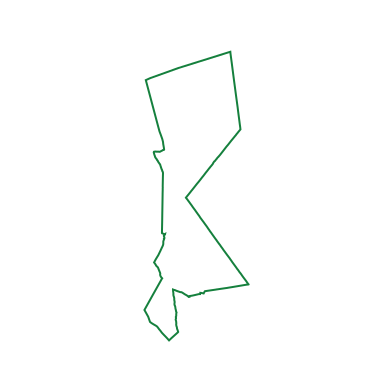 Blaricum, Noord-Holland, Netherlands, rotated 298°
{"feature_id": "6326949B66152801340332", "entity_name": "Blaricum", "entity_type": "district", "adm_level": 2, "iso_a3": "NLD", "parent_name": "Netherlands", "parent_adm1": "Noord-Holland", "projection": "albers", "projection_center": [5.257, 52.281], "detail": "fine", "context": "isolated", "style": "outline", "palette": "green", "viewbox_px": 384, "rotation_deg": 298, "n_neighbors": 0, "source": "geoboundaries", "source_scale": "gbopen_adm2", "svg_char_len": 5678}
<svg xmlns="http://www.w3.org/2000/svg" viewBox="0 0 384 384"><g transform="rotate(298 192 192)"><path d="M269.1,98.7L233.6,131.7L230.2,134.9L228.0,137.4L224.8,140.9L223.7,141.9L222.6,142.9L220.8,144.1L218.0,146.3L216.3,147.5L216.2,147.5L216.0,147.3L215.7,147.1L215.5,146.7L215.1,146.5L214.5,146.2L214.2,145.9L213.4,145.4L212.6,144.9L212.4,144.6L212.2,144.4L212.0,143.7L211.8,143.4L211.6,143.0L211.5,142.8L211.3,142.4L211.1,142.0L211.0,141.7L210.9,141.6L210.6,141.0L210.6,140.8L210.3,140.3L210.2,140.2L209.8,139.6L209.6,139.5L209.2,139.6L208.9,139.7L208.0,140.6L207.3,141.2L206.8,141.8L206.4,142.2L206.2,142.5L205.9,142.7L205.7,142.8L205.6,143.1L204.9,144.1L204.8,144.3L204.8,144.5L204.5,145.0L204.4,145.5L204.1,145.9L203.7,146.3L203.7,146.6L203.5,146.8L203.2,147.6L202.9,147.8L202.7,148.2L202.4,148.6L202.2,149.1L202.1,149.4L201.7,150.0L201.4,150.9L201.3,151.0L200.8,151.4L200.6,151.6L200.4,151.8L199.9,152.4L199.6,152.6L199.5,152.8L199.2,153.1L198.9,153.3L198.5,153.9L198.2,154.1L197.6,154.8L197.5,155.1L197.2,155.4L196.9,155.6L196.7,155.9L196.4,156.1L196.3,156.4L196.0,156.7L195.8,157.0L195.5,157.2L195.1,157.5L190.9,159.6L183.2,163.5L182.4,164.0L181.7,164.3L180.2,165.1L178.2,166.1L177.4,166.5L168.8,170.9L159.2,175.8L151.2,179.9L141.9,184.6L141.7,184.7L141.6,184.8L141.5,185.0L141.9,187.8L142.0,187.9L142.2,188.0L141.9,188.1L141.7,188.1L141.2,187.9L140.8,187.8L140.3,187.7L140.1,187.7L140.0,187.8L139.7,188.0L139.2,188.7L139.1,188.8L138.8,189.0L137.8,189.1L137.8,189.4L137.3,189.5L135.6,189.7L134.6,190.0L133.3,190.7L132.7,191.0L132.1,191.2L131.8,191.3L130.8,191.4L130.1,191.5L128.4,191.5L127.8,191.6L126.7,191.6L125.8,191.7L120.4,191.9L120.1,191.9L119.0,191.8L115.3,191.6L112.0,191.6L111.9,191.8L111.2,193.2L111.1,193.5L110.7,194.2L110.4,194.5L110.1,195.0L110.0,195.3L109.8,196.0L109.5,197.0L109.4,197.3L108.6,198.3L108.1,198.8L107.3,199.8L106.5,200.7L106.3,201.0L105.7,201.7L105.5,201.9L105.4,202.0L105.2,202.2L104.4,202.5L103.9,202.8L103.5,203.1L102.9,203.8L102.6,204.2L102.4,204.7L102.1,205.3L101.8,206.2L101.1,206.1L99.4,206.1L82.1,205.7L66.3,205.4L65.5,205.4L61.3,211.9L57.6,215.9L57.3,217.5L57.2,218.6L57.1,220.2L57.0,223.0L56.9,223.9L56.8,224.3L56.7,224.6L56.5,225.1L55.7,226.8L55.5,227.1L54.8,228.9L54.2,230.2L53.7,231.2L53.3,232.3L52.7,234.1L51.9,236.6L51.3,238.4L50.2,241.4L53.2,242.4L61.4,245.4L61.9,245.5L62.2,245.3L62.3,245.1L62.8,244.6L63.2,244.3L63.7,243.6L64.0,243.3L64.2,243.1L64.5,242.8L65.1,242.4L65.5,242.1L66.0,241.6L66.4,241.1L66.7,240.9L67.1,240.6L67.5,240.3L68.4,239.9L68.7,239.8L69.6,239.2L70.5,238.6L70.7,238.4L71.2,237.9L71.4,237.7L71.7,237.5L71.8,237.5L72.0,237.4L72.3,237.3L72.6,237.3L72.9,237.2L73.2,237.1L73.5,236.9L73.6,236.7L73.9,236.5L74.3,236.3L74.5,236.3L74.9,236.3L75.5,236.1L75.8,235.9L76.0,235.8L76.8,235.4L78.1,234.9L78.3,234.8L78.5,234.8L78.7,234.4L79.1,234.0L80.4,233.0L81.1,232.3L81.4,232.1L81.9,231.7L82.7,231.2L83.3,230.6L83.8,230.0L84.2,229.5L85.5,228.8L86.3,228.5L86.6,228.4L86.9,228.2L87.4,227.8L87.8,227.5L88.2,227.1L89.1,226.6L89.5,226.4L90.0,226.1L90.9,225.3L91.7,224.4L92.1,224.1L92.6,223.8L92.7,223.7L93.7,223.2L94.0,223.0L94.3,222.8L95.5,221.9L96.4,221.4L96.7,221.1L97.0,221.0L97.0,221.7L97.0,221.8L97.1,222.1L97.3,222.6L97.4,223.4L97.4,223.8L97.5,224.5L97.5,224.8L97.6,225.3L97.6,225.5L97.6,225.8L97.7,226.2L97.7,226.3L97.8,226.6L98.0,228.2L98.1,228.6L98.4,229.4L98.5,229.5L98.6,230.1L98.6,230.4L98.6,230.8L98.5,231.7L98.5,232.0L98.4,232.6L98.4,232.9L98.3,233.9L98.3,234.2L98.3,234.9L98.3,235.0L98.3,235.5L98.3,236.0L98.2,236.3L98.1,237.0L98.0,237.6L97.8,238.4L98.3,239.0L98.9,238.6L100.4,240.6L101.9,242.4L105.0,245.9L105.7,247.1L106.7,246.8L106.9,246.7L107.3,247.7L107.9,249.9L108.5,249.9L110.1,249.9L110.5,250.0L117.2,259.1L117.4,259.3L117.8,259.9L120.4,263.4L123.9,268.2L124.4,268.8L127.5,272.9L128.2,273.8L135.5,283.3L136.2,284.3L136.9,285.3L137.0,285.3L137.2,284.8L137.3,284.5L138.2,282.7L138.5,282.2L138.8,281.6L140.9,277.1L141.2,276.5L141.6,275.7L141.9,275.1L142.4,274.2L143.2,272.5L143.3,272.1L143.5,271.7L144.4,270.0L145.0,268.8L145.0,268.7L145.4,267.8L146.0,266.7L148.8,260.9L149.2,260.1L149.3,259.9L149.7,259.2L149.9,258.8L150.7,257.2L151.3,256.1L151.4,255.9L151.6,255.4L151.8,255.0L152.5,253.5L153.0,252.4L153.1,252.2L153.3,251.8L155.5,247.2L156.4,245.5L156.6,245.1L157.1,244.0L157.3,243.6L157.9,242.4L158.0,242.3L158.5,241.3L158.7,240.7L159.0,240.3L159.1,239.9L159.9,238.3L160.4,237.2L160.6,236.9L160.8,236.5L160.9,236.2L161.1,236.0L161.3,235.5L161.8,234.4L163.2,231.6L164.0,230.0L164.1,229.8L164.6,228.8L165.0,228.1L165.7,226.5L166.7,224.7L167.2,223.6L167.4,223.3L167.5,223.1L167.7,222.7L168.1,222.0L168.7,220.8L169.1,220.0L169.5,219.1L171.2,215.7L171.4,215.2L172.6,212.7L173.3,211.2L173.8,210.4L174.6,208.9L174.8,208.4L177.0,204.0L177.4,203.3L177.8,202.4L178.9,200.1L179.3,199.3L180.1,197.8L180.9,196.1L181.6,194.7L182.2,193.5L182.4,193.0L182.5,192.8L182.6,192.6L183.4,191.0L183.4,190.9L183.5,190.6L183.8,190.1L183.9,189.8L184.1,189.3L184.8,189.4L187.8,190.0L190.9,190.6L192.8,190.9L193.6,191.1L196.9,191.7L201.4,192.5L204.2,193.1L210.4,194.2L211.3,194.4L215.6,195.1L217.6,195.5L221.2,196.1L222.2,196.4L223.0,196.4L223.5,196.6L226.0,197.1L227.0,197.2L227.5,197.1L229.4,197.3L230.2,197.7L232.1,198.0L233.2,198.3L233.8,198.3L235.0,198.6L235.3,198.8L235.7,198.8L236.4,199.0L236.9,199.1L237.7,199.3L242.8,200.2L248.1,201.1L250.8,201.7L252.0,201.9L255.9,202.6L257.3,202.9L261.9,203.8L262.5,204.0L263.7,204.1L265.4,204.5L266.2,204.6L269.1,205.2L270.0,205.4L271.9,204.1L274.1,202.5L276.5,200.8L279.6,198.6L281.7,197.1L285.8,194.2L288.1,192.6L297.4,185.9L310.4,176.6L324.9,166.3L332.0,161.2L332.6,160.8L333.8,160.0L295.0,121.7L273.0,101.7L269.1,98.7Z" fill="none" stroke="#15803d" stroke-width="2"/></g></svg>